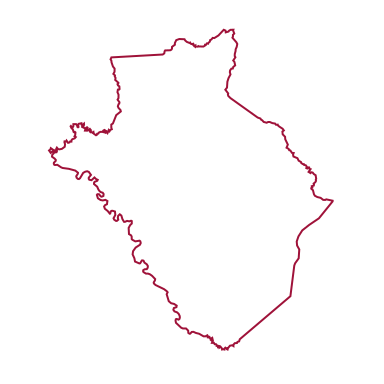 the district of Albania, Caquetá, Colombia, rotated 176°
{"feature_id": "7082276B96859535254868", "entity_name": "Albania", "entity_type": "district", "adm_level": 2, "iso_a3": "COL", "parent_name": "Colombia", "parent_adm1": "Caquetá", "projection": "orthographic", "projection_center": [-75.842, 1.231], "detail": "fine", "context": "isolated", "style": "outline", "palette": "rose", "viewbox_px": 384, "rotation_deg": 176, "n_neighbors": 0, "source": "geoboundaries", "source_scale": "gbopen_adm2", "svg_char_len": 6017}
<svg xmlns="http://www.w3.org/2000/svg" viewBox="0 0 384 384"><g transform="rotate(176 192 192)"><path d="M330.2,240.9L328.7,242.1L327.6,241.5L327.4,240.1L328.8,238.9L329.2,237.0L326.7,234.9L325.6,233.4L325.9,232.4L327.7,230.9L327.9,229.8L327.5,228.8L326.8,228.5L324.4,228.5L320.8,225.7L319.4,225.0L313.2,223.7L306.9,221.5L304.4,219.2L304.6,218.2L306.4,215.8L306.1,214.3L305.1,213.1L303.9,212.8L302.8,213.5L299.2,218.7L297.1,219.7L295.1,220.0L293.5,219.2L291.6,216.1L294.0,213.5L294.1,212.4L293.6,211.4L291.4,210.8L288.3,213.3L286.8,211.6L285.2,210.7L285.7,209.8L288.5,208.9L289.1,207.9L289.2,206.8L286.2,203.9L285.2,201.0L284.2,199.4L283.1,198.3L281.1,197.5L280.3,196.1L280.7,194.2L282.4,193.6L283.3,194.0L285.0,196.3L286.5,196.4L287.1,195.7L286.3,192.3L283.8,190.4L281.6,189.8L278.9,190.2L277.0,188.9L277.7,185.7L279.6,185.0L280.7,183.7L280.1,181.4L277.4,178.9L275.5,176.1L275.1,176.2L274.4,178.3L273.6,178.8L272.5,178.8L270.2,177.9L270.1,174.4L272.1,171.3L271.6,169.9L269.9,168.5L269.0,168.4L267.5,169.5L267.8,171.5L267.3,173.4L265.6,174.8L264.1,173.4L263.3,169.8L261.9,167.0L261.0,166.9L258.8,167.7L256.6,167.1L254.8,167.6L254.1,167.2L254.3,164.7L256.0,163.3L257.7,160.6L257.8,154.4L255.8,153.0L255.3,151.8L255.4,149.2L254.8,148.5L252.0,146.7L247.7,147.1L247.0,146.4L246.7,144.7L247.6,143.0L252.1,140.5L254.9,137.1L255.6,133.9L254.1,129.9L253.7,126.6L249.5,124.4L248.7,124.5L246.8,127.2L245.8,127.2L245.1,126.8L244.4,124.9L242.1,123.0L241.2,121.2L241.5,119.5L242.5,118.2L244.6,118.2L246.0,117.5L246.3,116.5L246.0,115.5L243.6,113.8L241.7,113.7L239.8,112.9L237.7,111.2L234.8,107.7L235.2,106.3L236.5,104.5L236.4,103.4L234.8,101.7L226.6,97.0L224.2,94.9L223.3,93.7L224.4,91.8L222.8,84.7L220.6,82.5L217.7,81.6L215.2,79.7L215.6,78.2L218.2,77.5L218.8,75.8L217.8,74.1L215.3,73.0L213.8,71.4L212.9,69.1L212.9,67.5L213.4,66.2L214.3,65.6L216.1,66.4L217.0,66.2L217.4,64.8L217.1,62.6L212.2,57.3L210.6,56.5L207.5,56.3L205.5,54.0L205.5,51.7L204.4,50.8L203.7,50.8L202.0,52.4L200.3,52.4L197.9,51.1L194.8,50.1L190.5,47.2L188.6,47.1L186.7,48.0L186.2,47.1L186.5,45.9L186.0,45.7L184.7,46.2L184.1,44.5L183.3,44.4L182.0,45.1L181.6,42.7L182.8,43.0L183.2,42.8L181.9,41.5L182.6,40.1L180.7,40.0L180.0,38.6L178.7,38.5L178.2,38.0L178.2,36.8L177.1,36.8L176.9,35.2L176.5,35.2L176.6,36.2L176.0,36.5L175.4,36.4L175.4,34.9L174.3,35.6L173.1,33.9L173.0,32.8L172.0,33.0L170.7,32.6L170.6,33.5L169.7,34.3L169.3,33.7L167.8,33.9L168.0,32.7L167.5,32.4L167.1,33.6L164.9,36.0L162.7,36.3L161.4,35.4L161.3,36.8L159.9,38.2L157.7,38.2L157.1,39.3L155.4,39.7L154.6,41.8L101.1,81.2L95.1,111.5L94.1,113.7L90.2,118.4L89.0,127.2L90.9,131.3L91.0,135.3L88.9,140.3L84.7,146.0L77.4,151.0L67.2,156.9L52.4,172.8L52.3,173.5L58.6,175.3L59.6,174.8L61.7,175.0L64.1,177.2L67.3,178.2L69.7,179.7L70.5,181.3L71.2,185.3L72.8,187.0L72.5,188.1L71.7,188.2L72.0,189.5L70.1,189.9L69.8,190.9L70.1,191.9L68.3,193.2L67.5,194.5L67.7,195.5L67.2,196.5L67.5,200.1L69.2,201.4L70.3,203.0L71.8,203.4L72.5,202.6L74.3,203.9L72.2,206.5L73.2,206.9L73.4,208.3L74.2,208.4L75.4,207.4L76.3,207.9L75.7,209.2L76.6,210.7L78.3,211.2L78.5,212.0L79.5,212.1L81.0,213.3L81.2,214.3L83.4,215.8L84.5,218.4L88.3,220.3L88.6,222.2L87.9,223.8L89.6,224.1L91.0,226.6L92.1,226.9L92.6,228.3L94.6,229.6L93.1,232.6L95.3,238.1L95.3,240.6L97.5,243.2L97.6,246.0L96.1,247.0L97.2,248.8L100.4,251.2L101.7,252.5L101.8,253.2L103.5,253.2L104.4,254.5L107.0,255.1L109.5,256.4L111.2,256.5L112.7,255.9L115.6,256.9L117.0,258.7L118.0,259.3L118.6,260.5L121.3,261.7L147.1,283.0L149.1,285.3L149.4,286.7L149.0,287.8L151.6,291.7L149.8,293.7L149.0,299.6L147.6,303.1L145.4,306.6L145.9,308.9L145.5,310.7L144.1,312.3L142.7,312.3L142.1,313.9L140.1,315.3L140.6,318.8L141.7,320.3L139.3,323.4L139.9,324.6L139.7,326.7L138.7,329.6L138.5,331.3L137.3,333.6L136.5,336.5L137.3,338.3L140.9,343.1L140.3,344.2L140.2,345.9L138.8,347.1L139.7,350.1L139.4,351.0L142.2,351.1L143.8,350.3L144.4,349.5L147.2,348.9L147.3,350.7L149.0,351.6L154.7,346.3L159.0,344.0L160.6,344.3L162.1,342.7L163.3,342.3L163.7,340.8L165.5,339.4L165.6,338.9L166.8,339.2L167.7,337.9L168.7,338.0L168.8,337.2L170.4,336.3L174.9,336.7L175.5,337.1L176.1,336.6L177.9,336.9L178.5,336.4L179.1,337.2L178.8,337.9L179.7,337.6L180.3,339.5L180.8,339.1L181.1,339.7L182.2,339.6L183.0,340.1L183.4,341.2L184.2,340.9L186.7,342.1L188.3,343.7L188.8,344.9L194.0,345.5L197.1,344.6L198.7,341.8L198.8,340.1L201.8,338.2L202.0,336.3L202.7,335.4L203.8,334.9L208.9,335.1L209.5,334.3L210.0,332.2L211.6,331.2L263.0,331.9L264.0,330.0L263.3,328.8L263.2,326.8L262.1,322.7L260.6,320.5L260.9,317.3L262.2,315.3L260.7,313.7L261.0,312.8L260.3,311.1L260.8,309.2L257.8,306.1L258.0,305.4L258.8,304.8L258.4,303.5L257.1,302.4L257.1,299.7L257.5,299.3L258.8,299.3L259.4,296.8L258.5,294.2L258.8,290.8L259.8,289.3L258.1,286.6L258.4,285.3L259.1,284.8L260.0,282.7L259.5,281.1L257.6,278.7L257.4,277.3L262.2,274.0L266.1,265.9L267.8,264.9L268.0,261.9L267.6,260.2L269.1,259.7L270.0,258.4L270.7,259.6L272.2,256.6L272.8,257.4L273.7,257.2L273.5,258.3L275.0,257.6L275.8,257.8L275.8,258.3L274.5,259.6L274.9,260.0L276.0,259.6L277.3,258.2L279.2,258.4L280.9,257.7L281.4,256.8L282.6,256.7L282.9,255.7L283.8,255.3L285.9,257.0L286.1,258.7L287.1,258.0L287.9,258.8L288.9,258.6L289.6,259.3L289.9,260.1L288.6,260.8L289.5,262.1L292.1,260.5L294.5,260.7L294.1,261.9L292.4,262.2L291.7,263.4L292.2,263.9L294.2,262.9L297.1,264.6L297.0,265.1L295.7,265.1L295.0,266.6L295.0,267.7L296.9,266.2L297.5,266.9L297.5,268.3L300.4,267.9L300.9,267.1L300.7,264.8L301.2,264.5L301.8,265.0L301.9,266.2L302.9,267.8L305.6,268.0L305.8,265.8L306.7,264.6L307.1,264.6L308.2,266.3L308.5,266.0L307.8,264.2L306.5,262.7L305.9,260.1L305.3,259.7L304.6,260.1L304.1,259.6L304.6,256.7L305.3,255.8L304.1,254.9L305.3,253.7L307.7,253.0L308.6,252.0L308.8,250.7L310.1,250.9L310.8,250.0L312.2,249.7L313.6,252.1L314.3,251.1L315.6,251.4L315.8,250.6L315.3,248.6L315.8,246.0L318.8,244.1L321.4,243.8L322.6,244.2L323.7,245.7L324.4,244.6L323.8,242.3L324.4,241.1L326.5,241.0L326.5,241.5L324.9,243.2L326.9,243.2L329.8,245.6L330.3,244.3L331.7,243.4L330.2,240.9Z" fill="none" stroke="#9f1239" stroke-width="2"/></g></svg>